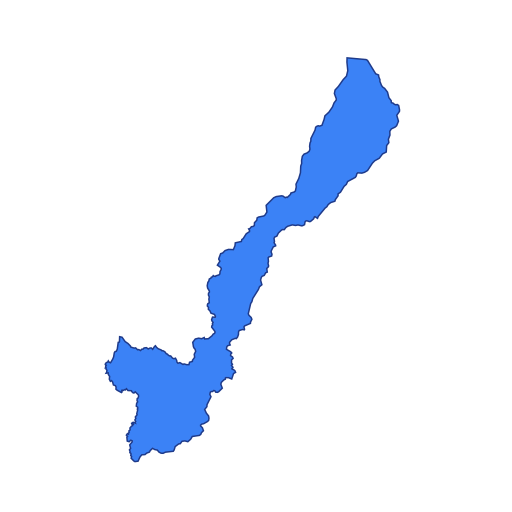 Casabianca, Tolima, Colombia, rotated 161°
{"feature_id": "7082276B30278837884902", "entity_name": "Casabianca", "entity_type": "district", "adm_level": 2, "iso_a3": "COL", "parent_name": "Colombia", "parent_adm1": "Tolima", "projection": "robinson", "projection_center": [-75.127, 5.008], "detail": "fine", "context": "isolated", "style": "filled", "palette": "blue", "viewbox_px": 512, "rotation_deg": 161, "n_neighbors": 0, "source": "geoboundaries", "source_scale": "gbopen_adm2", "svg_char_len": 6136}
<svg xmlns="http://www.w3.org/2000/svg" viewBox="0 0 512 512"><g transform="rotate(161 256 256)"><path d="M105.4,413.7L106.9,409.7L108.9,401.3L111.9,396.6L116.1,394.4L122.9,389.5L127.2,387.2L129.0,384.1L128.9,378.6L129.4,377.3L132.3,375.4L135.2,372.0L140.2,368.3L145.2,366.1L147.2,362.9L151.1,358.1L153.5,358.1L154.8,358.9L156.6,358.8L157.7,358.3L159.2,355.8L165.8,349.3L166.8,346.7L168.1,345.3L169.6,342.3L170.2,339.5L171.6,337.7L174.3,336.8L177.4,336.7L179.7,335.2L181.8,331.5L182.7,328.6L184.4,326.5L186.9,320.2L190.3,315.4L194.8,310.9L195.5,308.1L197.6,304.7L198.9,304.1L202.5,304.2L203.4,303.0L207.4,301.2L208.2,301.8L209.4,301.6L211.0,303.9L212.3,304.6L217.5,305.6L220.3,305.3L229.9,300.6L231.4,294.0L234.3,291.7L235.6,291.3L240.9,292.0L242.5,291.7L243.6,289.6L246.6,288.0L247.7,285.3L249.2,284.9L250.8,285.2L252.9,283.9L254.1,284.0L253.8,282.2L254.2,281.2L258.0,280.2L262.5,276.6L264.0,276.2L265.1,274.5L271.3,275.2L272.5,272.6L275.3,269.4L279.9,271.2L283.5,271.2L286.5,269.7L288.7,269.7L292.0,265.7L292.3,264.9L291.8,262.9L295.5,259.9L293.3,256.9L292.9,255.5L293.3,254.6L295.0,253.1L296.0,250.8L297.1,250.2L300.4,250.3L300.9,249.9L302.2,250.5L302.8,251.4L303.9,250.5L305.2,250.5L305.9,249.7L307.6,249.5L309.0,247.4L310.0,246.9L311.8,243.8L312.2,241.4L311.5,238.0L311.9,236.9L313.0,236.3L313.7,234.6L313.5,232.5L314.6,230.6L315.4,227.0L317.1,226.6L317.9,225.6L318.3,224.4L317.6,222.9L318.4,221.2L317.4,219.0L317.2,216.6L314.3,214.3L314.0,212.2L314.6,211.4L317.0,212.4L318.7,210.3L318.8,209.0L318.2,207.2L319.3,206.2L319.4,204.9L320.4,204.4L321.1,203.2L319.4,198.1L319.6,197.2L320.4,196.3L321.9,196.1L323.5,194.9L328.0,193.3L331.6,194.3L331.5,195.8L334.3,195.5L337.0,197.0L340.4,197.3L343.9,195.0L344.7,190.6L344.5,188.9L343.9,187.6L344.1,185.4L346.4,183.2L347.0,180.2L350.0,178.1L350.5,177.0L353.4,177.2L354.8,175.1L356.9,175.8L359.2,177.4L360.3,177.2L362.7,180.0L364.7,180.0L365.3,181.5L365.0,183.1L365.4,185.6L367.0,185.6L368.2,186.6L369.2,189.3L370.3,189.7L371.2,190.8L371.7,192.1L372.6,192.7L373.4,195.2L374.9,196.8L375.9,197.1L376.2,198.0L378.7,200.2L379.8,202.1L380.3,203.9L381.4,203.5L384.1,201.4L384.9,203.1L386.3,203.5L388.2,203.2L389.4,205.0L391.8,205.5L393.2,204.7L394.3,205.1L396.0,204.2L397.3,205.7L398.5,205.9L399.7,208.3L401.2,208.6L404.0,210.6L404.0,211.7L405.5,214.9L407.6,217.7L409.1,222.8L411.2,224.1L413.0,219.5L413.4,219.1L414.4,219.2L417.5,213.1L419.1,211.4L420.4,211.5L421.5,210.6L423.5,206.9L425.1,205.1L428.3,202.4L429.4,203.3L429.8,204.9L430.7,204.0L432.3,203.9L433.8,202.8L433.2,201.4L434.0,201.0L434.2,199.9L434.9,199.2L434.2,198.9L434.6,197.8L434.1,196.5L435.0,194.8L435.9,194.0L433.8,193.6L434.2,192.0L433.6,189.8L434.8,187.3L434.5,184.9L433.2,185.2L432.6,183.7L432.8,180.5L431.1,179.1L431.0,177.5L431.8,175.7L431.0,174.3L427.7,170.7L426.9,171.1L426.8,172.4L426.3,172.8L425.5,172.1L423.6,172.4L423.2,171.9L421.7,172.7L420.9,170.5L417.7,169.2L417.6,168.2L416.7,166.5L415.9,166.2L414.4,166.9L412.4,162.9L412.8,161.3L413.9,160.0L414.7,159.9L415.5,158.2L415.4,156.6L416.8,155.6L418.1,153.0L417.1,151.5L417.3,150.6L418.1,149.9L417.9,149.1L420.1,145.7L420.1,144.6L422.5,143.1L422.5,141.6L423.9,140.4L423.6,138.7L424.7,138.0L424.6,137.4L426.3,138.8L428.1,138.3L428.1,137.5L426.7,137.1L426.7,136.7L427.5,136.6L427.9,135.8L429.0,135.7L431.2,134.4L431.6,132.6L433.1,132.0L433.4,130.5L434.1,130.2L434.6,129.1L435.4,129.9L436.9,128.8L436.2,127.2L437.1,126.7L438.0,122.9L436.4,121.7L434.3,122.6L433.2,121.4L433.7,120.5L436.9,118.5L437.2,114.9L438.8,113.9L438.7,112.3L439.3,111.1L438.7,110.4L438.6,109.5L439.4,108.1L438.9,106.9L439.9,105.4L438.2,101.9L437.4,101.0L434.3,100.4L431.3,103.6L428.8,105.2L425.6,104.4L423.6,105.2L420.6,105.3L419.3,106.5L416.4,107.8L414.8,106.0L412.5,104.6L411.6,102.2L410.0,100.5L408.1,99.7L405.5,100.0L397.8,98.3L396.5,99.3L394.5,102.1L390.3,103.5L388.7,103.2L386.3,104.9L383.4,104.3L380.9,102.6L377.5,104.0L375.0,106.1L367.9,104.8L366.3,105.3L365.1,106.7L362.6,107.9L362.6,111.1L363.7,113.3L363.5,114.1L362.0,114.7L360.0,114.5L355.7,115.3L354.3,116.0L353.3,117.9L352.9,120.2L354.1,123.6L354.5,127.6L351.5,129.5L350.7,131.4L344.4,137.6L344.7,140.3L343.5,142.1L342.5,142.4L341.1,142.0L339.8,142.6L338.8,142.0L338.5,140.4L336.7,139.6L335.3,139.9L330.9,142.0L331.0,146.2L329.9,147.8L326.8,149.3L325.1,149.5L324.7,150.6L324.1,150.8L321.6,149.9L319.0,147.6L315.5,152.2L313.2,152.6L313.3,154.4L314.3,156.0L315.4,156.7L315.4,157.5L314.0,158.3L314.8,160.5L313.5,161.3L314.0,162.7L312.9,165.8L311.0,166.6L311.1,168.2L312.5,170.1L311.8,171.5L310.5,172.2L311.1,173.7L314.3,177.4L313.2,179.6L312.1,180.4L309.4,180.3L309.5,181.8L309.1,183.0L306.2,184.7L302.4,184.9L301.6,184.3L299.9,185.3L298.2,187.4L297.2,190.0L296.1,191.0L292.7,190.9L291.1,190.0L290.7,190.4L290.5,192.8L289.6,193.6L283.2,194.1L282.7,195.3L280.5,197.5L280.6,199.5L282.0,202.3L282.1,203.9L276.5,212.8L274.8,214.1L272.9,216.9L264.7,223.5L262.7,225.8L259.8,226.9L259.5,231.8L257.9,234.1L256.9,234.8L254.5,235.0L252.3,237.0L250.6,237.1L249.9,240.7L247.9,241.7L247.3,242.5L247.0,245.3L246.0,246.8L245.1,250.4L244.2,250.9L241.2,250.9L240.3,252.5L240.4,254.9L239.7,256.1L236.7,259.0L234.1,259.2L233.9,259.9L234.6,262.7L233.8,263.7L233.3,266.6L232.3,267.8L229.8,268.0L227.4,270.4L223.7,272.1L222.4,272.4L220.7,271.7L218.5,273.2L216.3,273.8L211.5,273.6L208.7,272.0L206.2,271.7L203.1,269.7L202.1,269.5L199.9,269.8L198.6,272.2L197.8,272.8L196.5,272.8L194.3,271.1L193.2,270.9L189.4,272.4L188.1,273.9L187.4,274.0L185.6,271.6L184.2,273.2L175.1,278.8L173.0,279.5L170.9,281.2L167.9,282.2L163.6,282.1L162.6,283.5L158.8,286.2L158.2,288.0L155.4,288.8L150.0,293.2L147.3,294.3L145.1,296.6L136.5,298.0L135.2,299.0L133.8,301.0L132.7,301.5L128.9,299.9L126.1,299.8L122.7,300.5L115.7,305.9L112.7,307.4L107.6,308.3L103.2,311.3L99.0,311.9L96.5,317.9L93.5,319.9L92.8,323.3L90.0,326.7L88.9,330.3L86.7,332.1L82.5,332.6L80.6,333.4L77.4,337.1L77.1,343.2L73.3,346.0L72.7,347.4L72.1,351.9L73.2,353.3L74.5,353.4L75.7,354.3L76.6,355.9L78.1,356.9L77.6,358.9L78.8,362.4L78.3,368.1L79.8,372.6L81.3,374.6L81.8,376.5L82.0,380.8L81.4,382.5L81.6,385.2L81.2,387.3L83.5,389.3L86.9,404.7L88.0,405.9L105.4,413.7Z" fill="#3b82f6" stroke="#1e3a8a" stroke-width="1.5"/></g></svg>